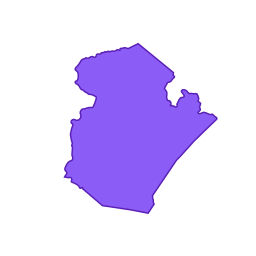 the district of Concepcion, Intibucá, Honduras, rotated 327°
{"feature_id": "27666195B925617765542", "entity_name": "Concepcion", "entity_type": "district", "adm_level": 2, "iso_a3": "HND", "parent_name": "Honduras", "parent_adm1": "Intibucá", "projection": "albers", "projection_center": [-88.315, 14.049], "detail": "fine", "context": "isolated", "style": "filled", "palette": "violet", "viewbox_px": 256, "rotation_deg": 327, "n_neighbors": 0, "source": "geoboundaries", "source_scale": "gbopen_adm2", "svg_char_len": 5758}
<svg xmlns="http://www.w3.org/2000/svg" viewBox="0 0 256 256"><g transform="rotate(327 128 128)"><path d="M108.5,206.0L108.5,205.8L108.4,205.4L108.4,205.2L109.1,203.5L109.6,202.8L110.0,202.0L110.1,201.7L110.1,201.3L110.2,200.9L110.5,200.2L111.2,199.1L111.6,198.1L151.1,181.4L156.6,180.2L176.4,174.9L182.2,173.8L190.0,172.2L207.3,168.9L207.6,168.5L207.9,167.8L207.9,167.3L207.8,167.1L207.5,166.8L207.4,166.7L206.5,163.2L206.4,162.6L206.2,162.4L205.8,162.1L204.7,161.8L204.3,161.5L204.1,161.4L203.4,160.5L201.8,158.0L201.0,157.1L200.5,156.5L200.3,156.3L199.8,156.0L199.1,155.8L196.4,155.3L195.9,155.0L195.4,154.5L195.1,154.2L195.0,153.9L195.0,153.7L195.2,153.1L195.4,152.9L195.6,152.9L196.1,152.9L197.1,152.7L198.1,152.4L198.6,152.0L198.8,151.8L198.9,151.5L199.0,151.1L199.1,150.5L199.2,150.2L199.4,149.7L199.6,149.3L200.2,148.7L201.7,147.6L202.1,147.1L202.3,146.7L202.2,146.2L201.5,144.2L201.4,143.7L201.6,143.5L201.8,143.2L202.5,142.7L203.1,142.1L203.4,141.6L203.7,140.9L204.0,139.7L204.3,138.2L204.4,137.4L204.4,137.1L204.0,136.5L203.6,136.1L203.2,135.8L202.7,135.7L201.0,134.5L200.4,133.9L199.8,133.4L199.3,133.1L198.5,132.8L198.2,132.6L198.0,132.2L197.8,131.4L197.6,130.7L197.5,129.5L197.4,128.9L196.8,127.6L196.2,126.7L195.8,126.4L195.3,126.1L194.8,125.8L194.4,125.7L193.9,125.7L193.4,125.9L193.0,126.1L192.8,126.4L192.6,126.7L192.5,127.1L192.6,127.7L192.8,128.8L192.8,129.9L192.8,130.7L192.7,131.3L192.5,131.8L192.4,132.0L192.2,132.2L191.8,132.3L190.9,132.2L190.2,132.0L189.4,131.6L188.8,131.4L188.0,131.5L187.1,131.7L186.2,132.1L183.7,133.7L182.1,134.6L181.9,134.8L181.9,135.4L181.7,135.8L181.2,136.3L180.6,136.5L180.3,136.6L179.9,136.5L179.6,136.4L179.2,136.2L179.0,135.9L178.8,135.7L178.7,135.0L178.6,134.8L178.3,134.5L177.7,134.3L177.4,134.0L177.2,133.7L177.1,133.1L176.9,132.7L176.7,132.6L175.9,132.6L175.7,132.4L175.7,132.2L175.8,132.1L176.5,131.6L177.3,130.8L177.6,130.4L177.8,129.8L177.8,129.4L177.9,129.0L177.8,128.5L177.6,127.9L177.5,127.6L177.3,127.4L177.0,127.2L176.5,127.0L176.4,126.8L176.3,126.5L176.3,125.8L176.4,125.1L176.7,124.5L177.0,123.5L177.3,123.0L177.7,122.4L178.4,121.7L178.8,121.1L179.6,119.9L180.0,119.0L180.2,118.4L180.1,116.4L180.1,115.0L180.2,114.5L181.0,114.1L182.4,113.3L183.7,112.7L184.4,112.3L185.1,111.8L186.1,111.5L186.6,111.5L187.8,112.1L189.3,112.2L189.7,112.1L190.9,111.6L191.8,111.3L192.5,111.1L193.8,110.9L194.5,110.7L194.9,110.4L195.0,110.0L195.0,109.6L194.7,109.2L194.7,108.9L194.6,108.6L194.7,108.3L194.9,107.9L196.3,106.3L182.4,62.8L171.4,61.5L169.2,59.0L168.9,58.8L166.6,58.0L165.4,57.4L164.9,57.2L164.6,57.2L164.4,57.4L164.3,57.5L164.1,57.9L163.9,58.2L163.6,58.3L163.2,58.2L162.8,57.9L162.6,57.3L162.4,57.1L161.9,56.7L161.4,56.5L161.0,56.4L160.5,56.4L159.4,56.5L159.0,56.4L158.6,56.3L157.9,55.9L157.0,55.1L156.6,54.8L155.8,54.5L154.9,54.3L154.4,54.1L153.9,53.8L153.5,53.1L153.1,52.8L152.6,52.7L151.7,52.6L151.2,52.4L150.8,52.2L150.3,51.6L149.9,51.4L149.5,51.3L148.8,51.5L148.3,51.4L147.9,51.2L147.5,50.8L147.3,50.6L146.8,50.5L146.3,50.5L145.4,50.7L145.0,50.8L144.6,50.7L144.1,50.4L143.5,49.9L143.2,49.6L142.7,49.4L142.3,49.3L141.8,49.3L141.3,49.5L141.0,49.8L140.5,50.3L140.1,50.6L139.6,50.7L139.0,50.7L138.6,50.5L138.1,50.2L137.9,49.9L137.3,49.0L137.0,48.7L136.6,48.4L136.1,48.2L135.4,48.0L134.7,48.0L133.6,48.0L133.2,47.9L132.7,47.8L132.2,47.6L131.8,47.2L131.4,46.8L130.9,46.1L130.2,46.3L129.6,46.3L128.9,46.1L128.0,45.8L127.5,45.6L126.8,45.6L126.2,45.7L125.0,46.1L122.6,47.3L121.1,47.9L119.6,48.4L117.7,48.8L117.1,49.0L116.4,49.3L116.0,49.5L115.8,49.8L115.6,50.2L115.5,50.6L115.6,51.2L115.9,52.0L116.1,52.7L116.2,53.5L116.1,54.3L115.9,54.8L115.6,55.7L114.7,57.2L114.2,58.0L113.6,58.7L113.0,59.3L112.2,60.0L111.7,60.3L111.1,60.5L110.4,60.5L109.5,60.3L109.1,60.5L108.8,60.6L108.6,60.9L108.5,61.3L108.5,61.7L108.6,62.5L109.4,64.0L109.6,64.6L109.7,65.3L109.8,66.2L109.8,67.1L109.6,69.2L109.7,69.7L109.8,70.1L110.1,70.7L110.7,71.4L111.0,71.9L111.2,72.6L111.4,73.7L111.6,74.2L111.9,74.9L112.5,75.7L112.9,76.4L113.0,76.8L113.1,77.6L113.4,78.2L113.7,78.6L114.6,79.2L115.1,79.7L115.9,80.5L117.0,82.1L117.8,83.6L118.1,84.1L118.1,84.7L118.0,85.2L117.6,85.8L116.2,87.0L113.9,88.9L112.1,90.1L110.6,91.1L110.3,91.2L109.9,91.3L109.4,91.4L108.9,91.2L107.3,90.1L106.6,89.7L105.9,89.4L103.8,88.7L101.8,88.2L101.1,87.8L100.3,87.4L99.8,87.3L98.9,87.4L98.2,87.6L97.5,88.0L96.9,88.4L96.4,89.0L96.0,89.6L95.7,90.3L95.6,91.0L95.4,91.5L95.2,92.0L94.8,92.6L94.3,93.1L93.8,93.6L93.2,93.9L92.4,94.2L91.7,94.3L90.9,94.3L90.2,94.1L89.6,93.9L89.0,93.5L88.5,93.0L88.2,92.5L87.9,92.0L87.6,91.6L87.1,91.3L86.6,91.0L86.0,90.9L85.4,90.9L84.8,91.0L84.2,91.3L83.9,91.6L83.6,92.0L83.4,92.4L83.2,92.8L83.3,93.5L83.5,93.8L83.7,94.1L83.7,94.3L83.7,94.8L83.6,95.2L83.4,95.5L82.7,96.1L80.9,97.4L79.9,98.3L76.8,101.4L76.3,102.0L75.7,103.2L74.4,106.2L73.9,107.5L73.3,109.5L72.9,110.6L72.5,111.1L71.6,111.7L71.3,112.1L71.1,112.4L71.0,112.7L71.0,113.0L71.1,113.5L71.0,113.8L66.4,120.0L66.0,120.9L65.6,122.5L65.3,123.1L64.9,123.6L64.6,123.9L64.2,124.2L63.8,124.4L63.4,124.5L62.7,124.5L61.5,124.2L60.6,124.1L59.6,124.2L58.6,124.4L57.8,124.7L56.7,125.2L54.5,126.5L53.7,127.0L53.0,127.7L52.7,128.1L52.4,128.6L52.3,129.1L52.2,129.7L52.3,130.2L52.5,130.9L52.5,131.4L52.4,132.0L52.1,132.5L51.7,132.8L51.1,133.3L50.5,133.5L49.1,134.0L48.1,134.6L48.6,135.0L49.1,135.3L49.9,136.3L50.4,136.8L51.0,137.2L51.8,137.5L52.3,137.8L52.8,138.2L53.1,138.7L53.1,139.0L53.1,139.5L53.0,140.1L52.8,140.5L52.5,141.0L51.9,141.4L51.3,142.0L51.2,142.2L51.3,142.5L51.6,143.2L52.8,144.8L54.4,147.6L54.9,149.1L55.1,149.8L55.1,150.6L54.9,151.5L54.9,152.0L55.1,152.4L55.2,152.6L55.4,152.7L56.1,152.7L56.9,152.9L57.2,153.1L57.3,153.3L57.4,153.6L57.3,153.8L57.1,154.0L56.9,154.2L64.3,179.2L85.6,198.0L98.5,210.4L108.5,206.0Z" fill="#8b5cf6" stroke="#5b21b6" stroke-width="1.5"/></g></svg>